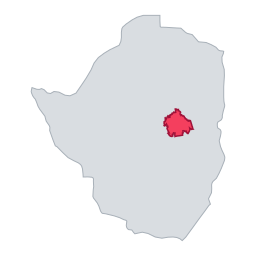 Chikomba, Mashonaland East, Zimbabwe shown in context
{"feature_id": "62879985B62139417575129", "entity_name": "Chikomba", "entity_type": "district", "adm_level": 2, "iso_a3": "ZWE", "parent_name": "Zimbabwe", "parent_adm1": "Mashonaland East", "projection": "equal_earth", "projection_center": [31.281, -18.846], "detail": "fine", "context": "in_parent", "style": "filled", "palette": "rose", "viewbox_px": 256, "rotation_deg": 0, "n_neighbors": 0, "source": "geoboundaries", "source_scale": "gbopen_adm2", "svg_char_len": 5666}
<svg xmlns="http://www.w3.org/2000/svg" viewBox="0 0 256 256"><path d="M182.2,240.6L180.0,238.8L176.9,237.5L173.1,237.0L168.0,237.2L161.9,238.2L155.2,237.0L148.1,233.5L142.3,232.2L135.2,233.7L134.9,233.8L133.7,232.6L131.8,230.0L128.6,229.6L127.7,228.9L127.0,228.0L126.5,226.8L126.3,225.4L126.8,221.2L126.5,220.7L125.7,220.2L123.9,219.7L119.7,217.7L114.3,215.9L105.7,213.8L102.3,213.3L101.6,212.7L100.6,211.1L98.9,206.2L97.3,203.0L93.5,198.0L92.9,196.5L93.1,192.5L93.3,189.3L93.7,186.6L93.5,184.0L93.4,180.9L93.5,178.8L93.0,177.9L91.7,177.2L87.8,176.9L83.2,177.0L83.0,173.8L82.5,168.9L81.6,166.0L80.5,164.5L78.4,162.9L74.0,160.8L68.1,157.6L63.0,152.8L57.1,146.8L55.3,145.8L53.1,140.2L49.7,130.6L49.9,127.4L49.4,125.8L46.2,121.1L45.5,118.6L44.9,116.2L39.7,109.2L38.0,106.2L36.6,102.3L35.3,99.2L34.2,98.0L32.7,95.8L31.7,93.4L31.2,91.6L31.6,89.2L32.0,87.6L36.9,89.3L39.5,89.4L41.5,88.6L44.1,89.7L47.2,92.9L50.5,93.5L54.0,91.5L58.9,92.1L65.0,95.2L70.0,95.8L76.0,93.1L81.3,85.4L86.2,78.1L91.1,69.8L94.1,63.0L98.4,57.5L104.2,53.2L110.1,49.6L119.1,45.3L120.8,41.6L121.4,37.7L121.4,32.2L121.9,28.6L122.8,27.0L124.3,25.7L126.2,24.0L132.1,19.9L137.1,17.2L143.2,15.4L149.8,15.4L156.2,15.4L159.9,15.4L159.9,20.7L160.2,26.6L160.9,27.2L165.8,27.3L173.5,27.8L180.9,28.2L185.7,32.5L187.3,33.4L192.2,34.6L198.5,41.8L206.1,42.5L211.3,44.7L215.9,47.2L218.5,50.1L220.2,50.8L222.6,51.0L223.7,51.3L223.4,53.4L221.9,57.1L222.1,62.2L224.2,69.4L224.4,75.6L223.7,86.6L223.7,97.2L223.9,101.0L224.3,103.5L224.7,104.9L224.6,106.5L223.3,110.9L222.3,115.6L222.3,117.5L221.9,118.8L221.1,120.0L217.8,122.1L217.3,123.5L217.3,125.9L217.7,127.9L218.9,128.7L220.4,129.8L221.0,131.3L221.0,132.9L220.5,135.9L219.2,140.8L220.5,146.5L221.9,150.1L223.9,154.3L224.8,157.0L224.7,158.8L224.4,160.6L221.3,168.4L219.1,173.2L216.4,178.3L212.9,181.5L212.0,183.1L211.6,184.8L211.7,188.7L211.5,192.7L208.5,198.8L210.4,204.2L209.9,204.6L208.9,205.4L204.6,211.4L200.1,217.4L196.9,221.8L193.3,226.8L189.2,232.4L185.7,237.2L182.2,240.6Z" fill="#d9dde1" stroke="#a8b0b8" stroke-width="1"/><path d="M192.9,128.7L192.8,128.4L192.7,128.3L192.6,128.2L192.6,127.9L192.5,127.6L192.5,127.4L192.5,127.2L192.4,127.1L192.3,126.7L192.2,126.4L192.1,126.1L192.0,125.9L191.9,125.7L191.8,125.3L191.7,125.1L191.7,124.8L191.7,124.7L191.4,123.8L191.2,123.1L191.0,122.5L190.9,122.3L190.7,121.5L190.6,121.2L190.5,120.9L190.4,120.7L190.2,120.6L189.9,120.5L189.8,120.4L189.6,120.6L189.5,121.0L189.4,121.0L189.1,120.9L188.9,120.8L188.7,120.9L188.6,121.1L188.4,121.1L188.2,121.1L188.0,120.9L188.0,120.7L187.9,120.5L188.0,120.2L187.8,120.2L187.7,120.3L187.4,120.3L187.1,120.2L186.9,120.1L186.8,119.6L186.7,119.5L186.8,119.5L186.7,119.4L186.7,119.2L186.4,119.1L186.2,118.9L185.8,118.9L185.7,118.8L185.4,118.8L185.4,118.7L185.3,118.2L185.2,117.9L184.8,117.8L184.7,117.8L184.6,117.7L184.5,117.4L184.4,117.1L184.4,116.9L184.3,116.7L184.2,116.5L183.9,116.4L183.8,116.1L183.7,116.1L183.4,116.0L183.3,115.9L183.2,116.0L182.9,116.0L182.7,116.0L182.6,115.9L182.4,115.9L182.3,115.7L182.2,115.6L181.9,115.2L181.7,115.0L181.7,114.9L181.4,114.8L181.2,115.0L181.2,114.9L181.2,114.7L180.8,114.8L180.7,114.8L180.7,114.7L180.4,114.6L180.3,114.4L180.2,114.4L180.1,113.1L180.6,112.2L180.1,111.6L179.2,110.9L178.3,110.7L178.4,109.5L177.3,109.5L176.7,109.8L176.4,109.9L176.5,109.5L176.0,108.9L175.2,109.1L175.4,109.6L175.5,110.2L175.6,111.1L175.7,112.4L174.6,112.6L173.9,112.0L173.0,113.1L172.1,113.2L172.0,113.4L172.3,114.0L172.1,114.2L171.9,113.8L171.8,114.0L171.7,114.0L171.5,114.3L171.2,114.4L171.2,114.5L171.0,114.8L170.9,114.9L170.8,115.0L170.8,114.9L170.7,114.9L170.4,114.8L170.3,115.0L170.1,115.0L169.9,115.2L169.7,115.2L169.4,115.4L169.4,115.5L169.1,115.7L169.0,115.8L169.0,116.0L168.9,116.0L168.9,115.9L168.7,116.5L168.9,116.5L169.4,116.4L169.4,117.1L169.9,116.9L169.9,117.3L169.6,117.3L168.8,117.3L168.7,117.4L167.8,116.0L167.2,116.9L167.1,117.2L166.3,118.9L166.1,117.7L165.9,118.7L165.2,117.7L165.1,117.8L165.4,119.4L165.2,119.9L165.1,121.5L164.1,121.8L164.1,123.7L164.7,124.7L164.0,125.4L164.0,125.5L164.3,125.8L164.5,125.9L164.8,125.6L165.0,125.3L165.9,124.5L166.0,124.8L166.5,124.0L167.0,125.3L167.1,125.6L167.4,126.3L167.5,126.3L167.4,126.5L167.3,126.4L167.0,126.7L167.9,127.1L167.5,127.7L167.0,128.6L168.1,130.8L168.6,131.8L168.8,132.1L168.9,132.3L168.7,132.2L168.6,132.3L168.4,132.3L168.2,132.3L168.5,133.8L168.4,133.8L168.5,133.9L168.7,134.1L168.7,134.3L168.9,134.5L169.0,134.7L169.2,134.8L169.2,135.0L169.3,135.0L169.5,135.2L169.6,135.3L169.7,135.5L169.8,135.6L170.0,135.8L170.2,136.0L170.3,136.2L170.9,136.0L171.2,136.3L171.9,136.5L172.3,136.1L172.8,136.0L172.8,135.3L172.5,134.6L172.3,134.5L172.3,134.4L173.1,134.3L173.1,133.9L173.5,132.8L174.3,133.0L175.0,133.0L174.8,134.4L174.8,135.4L175.1,136.1L175.0,136.3L175.0,136.5L175.3,136.4L177.1,136.0L178.7,135.8L179.0,135.8L182.6,135.2L182.6,134.8L182.6,134.7L182.6,134.3L182.4,133.1L183.2,132.9L183.2,132.7L183.0,132.1L182.9,130.8L183.2,130.8L183.3,130.8L183.4,130.7L183.5,130.7L183.9,130.8L184.0,130.8L184.3,130.8L184.4,131.0L184.5,131.1L184.6,131.3L184.8,131.4L184.9,131.5L185.0,131.6L185.3,131.7L185.6,131.5L185.7,131.4L185.8,131.3L185.8,131.1L186.0,131.0L186.3,131.6L186.5,132.0L186.7,132.3L186.6,132.5L186.8,132.8L187.0,133.0L187.1,132.8L187.3,132.9L187.5,132.9L187.6,133.1L187.8,133.2L187.9,133.4L188.0,133.5L188.1,133.4L189.3,131.2L189.5,130.8L189.7,130.3L189.9,129.5L189.7,128.2L189.8,128.3L190.0,128.4L190.1,128.5L190.3,128.5L190.5,128.6L190.5,128.8L190.6,129.0L190.8,129.1L191.0,129.2L191.3,129.2L191.5,129.3L191.6,129.2L191.7,129.3L191.8,129.2L192.0,129.3L192.3,129.2L192.5,129.1L192.8,129.1L192.7,129.0L192.8,128.9L192.9,128.7Z" fill="#f43f5e" stroke="#9f1239" stroke-width="1.5"/></svg>